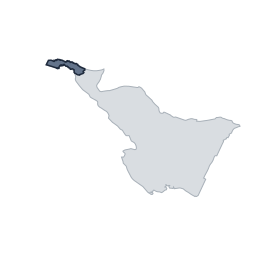 Logone-Et-Chari, Extrême-Nord, Cameroon shown in context, rotated 295°
{"feature_id": "32672807B53801841297301", "entity_name": "Logone-Et-Chari", "entity_type": "district", "adm_level": 2, "iso_a3": "CMR", "parent_name": "Cameroon", "parent_adm1": "Extrême-Nord", "projection": "equal_earth", "projection_center": [14.713, 12.015], "detail": "fine", "context": "in_parent", "style": "filled", "palette": "slate", "viewbox_px": 256, "rotation_deg": 295, "n_neighbors": 0, "source": "geoboundaries", "source_scale": "gbopen_adm2", "svg_char_len": 7291}
<svg xmlns="http://www.w3.org/2000/svg" viewBox="0 0 256 256"><g transform="rotate(295 128 128)"><path d="M77.9,174.1L78.3,172.7L81.2,166.3L83.0,155.9L83.8,153.5L84.6,151.9L88.8,146.4L90.3,144.6L92.6,142.6L94.1,138.6L94.7,138.2L95.4,137.8L98.9,134.4L99.3,135.1L99.5,135.9L99.8,136.3L100.9,136.5L102.5,136.5L103.4,136.3L103.9,135.6L104.4,133.7L104.7,133.3L105.0,133.2L106.8,134.5L109.6,138.3L110.3,139.0L110.6,139.7L111.2,143.1L111.6,143.9L112.2,144.3L113.3,144.1L114.4,143.5L115.5,142.6L116.5,141.5L117.1,140.4L117.4,139.7L117.6,136.9L117.8,136.3L121.5,132.3L121.4,131.9L120.8,130.8L120.3,129.5L120.9,128.2L121.4,127.2L123.6,123.9L123.7,121.5L125.4,117.7L126.4,112.6L126.5,111.7L128.7,106.1L131.1,105.6L132.0,104.8L133.0,103.5L133.7,102.2L134.0,101.0L134.2,98.6L134.7,96.0L134.9,93.6L135.6,91.5L136.8,90.4L138.9,89.5L139.2,89.0L139.5,87.6L139.8,82.8L140.1,80.7L142.0,78.3L142.8,74.6L143.6,70.7L145.8,66.0L148.3,61.3L149.4,60.0L150.4,59.4L151.6,59.3L152.3,59.0L155.0,56.7L156.2,55.9L157.0,55.1L157.2,54.4L157.3,53.3L157.0,50.9L157.5,49.1L157.8,46.4L157.9,44.2L157.8,43.5L157.3,42.2L156.5,40.9L155.1,40.1L153.3,39.9L152.3,39.4L151.9,36.9L151.8,35.4L150.5,27.2L152.9,27.2L155.7,28.2L156.4,28.9L156.8,31.7L157.8,33.3L159.6,34.6L160.8,37.3L161.2,41.4L162.2,43.8L162.4,44.2L163.8,48.9L163.9,51.0L163.8,52.4L164.3,54.2L163.5,57.2L163.2,59.1L163.1,61.7L163.7,66.3L164.5,69.9L165.4,72.8L166.4,75.0L168.0,77.5L169.7,79.8L171.3,81.2L169.8,82.0L167.0,82.1L165.3,81.7L164.5,81.6L163.7,81.9L160.6,82.4L157.5,82.2L154.6,81.6L152.9,81.7L151.5,83.1L150.4,85.1L149.4,86.8L149.7,88.6L150.5,89.6L152.0,91.8L153.3,93.9L154.0,95.4L156.7,98.5L159.3,101.4L160.5,102.3L160.9,102.5L162.3,104.1L164.3,106.8L166.1,110.9L168.6,119.3L169.1,120.0L170.0,120.4L170.1,121.3L170.0,122.6L169.8,123.6L167.8,128.0L166.0,129.7L165.5,130.7L164.8,133.2L163.2,138.2L162.5,138.8L161.0,142.2L159.7,146.4L159.3,147.1L158.8,147.6L157.0,148.7L156.4,149.2L155.4,150.5L155.3,151.4L155.7,152.6L156.2,153.5L157.2,153.5L157.7,154.4L157.7,161.0L157.3,162.0L157.3,162.4L157.1,163.6L157.0,164.8L157.2,165.3L157.5,165.7L158.1,166.6L158.3,168.6L159.0,175.7L159.2,176.8L159.8,177.6L161.4,179.1L163.1,181.2L163.6,182.5L163.9,184.6L164.6,186.3L164.6,186.9L164.3,187.1L163.2,187.2L163.6,188.5L164.5,190.6L168.8,197.2L173.0,203.0L174.0,203.4L174.7,203.6L175.0,203.9L175.4,204.8L176.8,206.9L177.1,208.1L176.8,209.3L177.1,211.1L177.3,211.8L177.2,212.4L177.4,214.6L177.8,216.6L178.4,218.2L178.3,219.4L177.5,220.1L177.0,221.1L176.9,222.6L177.1,224.5L177.8,226.7L177.8,227.9L176.8,228.8L175.6,227.3L174.4,226.3L172.6,224.5L170.7,223.9L168.3,223.8L167.3,224.0L165.5,222.6L164.9,222.4L164.1,223.0L163.6,223.0L162.9,222.8L161.5,222.8L161.4,221.8L161.1,221.6L159.7,221.7L159.2,220.9L159.0,221.0L158.4,220.7L157.2,219.5L156.0,220.3L153.4,220.2L140.3,220.2L140.0,219.1L139.3,218.5L138.1,218.4L134.7,218.7L132.0,218.5L130.2,218.0L128.0,217.8L125.3,218.0L122.4,218.0L117.4,217.7L114.6,217.7L114.7,218.4L114.5,218.9L114.4,220.1L96.6,220.1L95.1,219.2L94.7,218.7L94.6,217.7L94.2,217.6L94.5,213.5L95.1,210.0L95.4,206.8L96.2,203.9L95.8,201.0L95.3,199.8L92.6,195.7L93.8,194.2L92.2,194.4L91.8,192.9L91.1,191.1L91.5,190.8L92.0,189.8L93.5,190.1L93.4,189.6L92.2,188.1L92.3,187.4L92.8,186.5L92.6,186.2L91.6,187.0L91.0,187.0L90.5,186.4L90.1,186.3L90.3,187.5L89.8,188.5L89.3,188.9L88.5,188.8L87.8,188.6L87.6,188.0L87.0,187.6L85.2,186.8L83.7,185.9L83.4,183.4L82.9,182.4L82.6,181.2L82.5,179.8L82.7,177.7L82.3,177.4L81.9,177.2L81.2,177.3L80.6,177.2L79.9,176.1L79.3,175.6L79.7,177.8L79.2,178.4L78.2,178.2L77.7,177.4L77.6,176.8L78.1,174.2L77.9,174.1Z" fill="#d9dde1" stroke="#a8b0b8" stroke-width="1"/><path d="M159.5,64.6L159.9,63.6L160.5,63.4L161.5,63.9L162.4,64.4L163.4,63.8L163.4,63.6L163.4,63.3L163.4,63.0L163.4,62.8L163.3,62.7L163.2,62.5L163.3,62.3L163.3,62.2L163.2,62.2L163.3,61.9L163.3,61.7L163.2,61.4L163.2,61.1L163.2,60.9L163.3,60.8L163.3,60.7L163.2,60.6L163.2,60.4L163.1,60.2L163.2,59.9L163.3,59.7L163.2,59.4L163.2,59.0L163.2,58.9L163.1,58.7L163.2,58.4L163.4,58.3L163.4,58.2L163.4,57.9L163.4,57.7L163.5,57.5L163.5,57.4L163.5,56.7L163.7,56.3L163.7,56.2L163.8,56.1L163.7,55.9L163.8,55.8L163.9,55.5L164.1,55.5L164.0,55.3L164.1,55.2L164.5,54.7L164.6,54.3L164.6,53.9L164.4,53.7L164.1,53.5L164.0,53.4L164.1,53.2L164.1,52.9L163.9,52.8L163.9,52.6L163.8,52.4L163.9,52.2L163.8,51.7L163.7,51.5L163.6,51.2L163.7,50.9L163.8,50.8L164.0,50.9L164.0,50.6L163.9,50.5L163.8,50.4L163.8,50.2L164.0,50.1L164.3,49.9L164.3,49.7L164.1,49.4L164.0,49.1L164.0,48.9L163.9,48.8L163.8,48.6L163.7,48.6L163.8,48.7L163.7,48.9L163.5,48.7L163.4,48.6L163.4,48.2L163.3,47.9L163.3,47.7L163.5,47.6L163.6,47.4L163.6,47.1L163.5,46.8L163.4,46.7L163.5,46.6L163.8,46.5L163.9,46.3L163.8,46.2L163.5,46.1L163.4,45.9L163.3,45.7L163.5,45.6L163.5,45.4L163.5,45.1L163.4,45.0L163.2,44.9L163.3,44.5L163.2,44.4L162.9,44.2L162.7,44.2L162.7,44.3L162.6,44.5L162.3,44.5L162.2,44.4L162.0,44.2L161.9,44.2L161.5,43.5L161.4,43.5L161.3,43.3L161.3,43.2L161.5,43.0L161.6,42.9L161.5,42.6L161.4,42.5L161.5,42.3L161.5,42.2L161.5,41.9L161.6,41.3L161.4,40.8L161.5,40.5L161.6,40.3L161.5,40.1L161.6,39.5L161.5,39.1L161.3,38.6L161.2,38.4L161.2,38.1L160.9,38.3L160.8,38.1L160.8,37.9L160.9,37.6L160.8,37.3L160.9,37.1L160.8,36.8L160.9,36.5L160.8,36.2L160.7,35.9L160.6,35.6L160.6,35.2L160.4,35.0L160.0,35.1L159.8,35.1L159.7,35.0L159.6,34.9L159.6,34.5L159.6,34.3L159.5,34.1L159.4,34.1L159.2,34.5L158.9,34.4L158.9,34.2L159.1,33.9L159.1,33.7L158.9,33.4L158.7,33.5L158.3,33.5L158.2,33.4L158.0,33.2L157.9,33.1L157.9,32.8L157.9,32.7L157.5,33.0L157.3,33.0L157.3,32.8L157.2,32.6L157.0,32.4L156.9,32.3L156.9,32.1L157.0,31.9L157.0,31.6L157.1,31.0L157.0,30.7L157.1,30.3L157.0,30.1L156.9,30.0L156.9,29.8L156.9,29.6L156.8,29.3L156.7,29.1L156.1,28.1L155.7,27.3L150.8,27.2L151.0,28.7L151.1,29.0L151.2,30.3L151.3,30.6L151.3,30.9L151.4,31.6L151.6,32.9L151.6,33.2L151.7,33.5L151.9,35.5L152.0,36.1L152.0,36.4L152.1,36.8L152.2,37.0L152.3,37.1L152.3,37.3L152.2,37.4L152.1,37.7L152.0,37.8L152.0,38.1L152.1,38.3L152.3,38.4L152.2,38.5L152.3,38.6L152.1,38.6L152.0,38.8L152.0,39.0L152.3,39.4L152.5,39.6L152.6,39.8L153.0,39.7L153.0,39.8L153.2,39.7L153.4,39.7L153.5,40.0L153.6,39.9L153.5,39.7L153.7,39.9L154.0,39.7L154.3,39.8L154.5,39.8L155.0,39.8L155.3,39.8L155.5,39.8L155.6,40.1L155.7,39.9L155.8,39.9L155.9,40.0L156.0,40.0L156.2,40.3L156.3,40.4L156.5,40.4L156.5,40.7L156.4,40.7L156.4,40.8L156.4,41.0L156.5,41.0L156.9,41.3L156.9,41.5L156.9,41.8L157.0,41.7L157.0,41.9L156.9,42.0L157.2,42.2L157.5,42.3L157.6,42.5L157.6,42.8L157.8,42.9L157.8,43.0L158.0,43.0L157.9,42.9L158.0,42.9L158.3,42.7L158.4,42.9L158.4,43.0L158.5,43.1L158.6,43.4L158.6,43.5L158.3,43.8L158.2,43.9L158.2,44.1L158.2,44.3L158.1,44.5L158.2,45.0L157.8,45.4L157.8,45.5L157.8,45.8L158.1,46.6L158.3,46.8L158.1,47.1L158.0,47.4L158.0,47.5L158.1,47.8L157.9,47.9L157.9,48.0L157.6,48.4L157.6,48.5L157.6,48.9L157.6,49.1L157.7,49.3L157.6,49.5L157.7,50.0L157.5,50.3L157.4,50.4L157.3,50.5L157.1,50.8L156.9,50.9L156.9,51.1L157.1,51.4L157.2,51.6L157.4,51.7L157.6,51.9L157.7,52.1L157.9,52.3L158.0,52.4L158.1,52.5L158.1,52.9L158.1,53.1L158.1,53.5L158.0,53.9L158.0,54.2L158.0,54.4L157.9,54.6L157.7,54.7L157.2,54.9L156.4,55.4L155.8,55.5L155.6,55.7L155.5,56.1L155.4,56.3L155.2,56.5L155.2,57.6L155.0,58.7L154.9,59.6L155.3,61.2L155.5,61.8L156.0,61.7L158.4,64.2L159.5,64.6Z" fill="#64748b" stroke="#1e293b" stroke-width="1.5"/></g></svg>